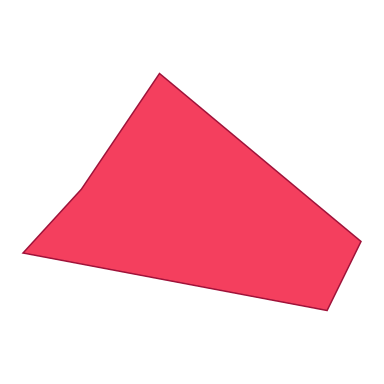 the border of The Valley
{"feature_id": "AIA-5126", "entity_name": "The Valley", "entity_type": "District", "adm_level": 1, "iso_a3": "AIA", "parent_name": "Anguilla", "parent_adm1": "", "projection": "orthographic", "projection_center": [-63.059, 18.236], "detail": "fine", "context": "isolated", "style": "filled", "palette": "rose", "viewbox_px": 384, "rotation_deg": 0, "n_neighbors": 0, "source": "natural_earth", "source_scale": "10m", "svg_char_len": 212}
<svg xmlns="http://www.w3.org/2000/svg" viewBox="0 0 384 384"><path d="M23.0,253.0L81.4,189.2L159.5,73.5L313.6,202.1L361.0,241.5L327.1,310.5L23.0,253.0Z" fill="#f43f5e" stroke="#9f1239" stroke-width="1.5"/></svg>